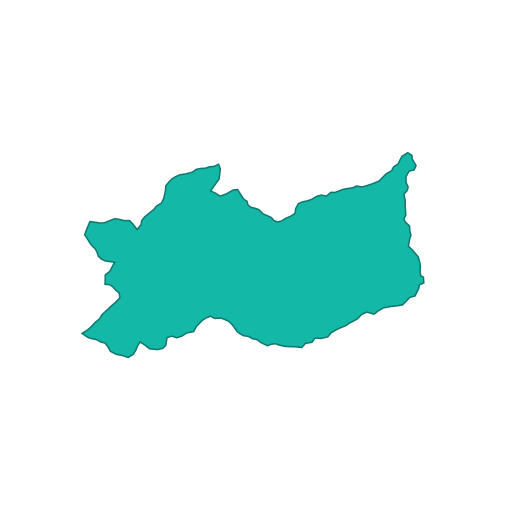 Iacri, São Paulo, Brazil, rotated 52°
{"feature_id": "56859067B52512979226911", "entity_name": "Iacri", "entity_type": "district", "adm_level": 2, "iso_a3": "BRA", "parent_name": "Brazil", "parent_adm1": "São Paulo", "projection": "robinson", "projection_center": [-50.627, -21.796], "detail": "fine", "context": "isolated", "style": "filled", "palette": "teal", "viewbox_px": 512, "rotation_deg": 52, "n_neighbors": 0, "source": "geoboundaries", "source_scale": "gbopen_adm2", "svg_char_len": 2820}
<svg xmlns="http://www.w3.org/2000/svg" viewBox="0 0 512 512"><g transform="rotate(52 256 256)"><path d="M380.6,140.4L375.8,137.1L372.7,138.3L368.4,135.6L365.5,132.9L361.7,130.8L356.5,128.7L347.4,129.1L342.1,129.9L337.6,124.9L335.1,121.2L331.1,119.4L326.8,116.5L321.1,117.5L317.8,116.5L315.9,112.7L312.8,110.6L308.3,107.6L304.3,104.3L298.4,101.5L297.5,96.6L295.4,93.7L290.4,92.5L285.8,88.9L283.4,83.2L285.5,78.4L283.3,74.2L275.9,73.2L272.6,71.2L268.0,72.8L267.3,79.8L270.9,87.3L270.5,93.0L272.3,96.5L271.4,102.7L272.1,108.7L272.7,112.7L271.2,118.5L269.2,124.2L267.0,129.9L262.7,133.7L261.7,138.0L259.4,141.9L257.0,146.6L255.9,150.5L254.5,154.7L251.9,157.8L252.2,163.7L248.2,167.0L246.4,171.5L245.7,177.0L244.2,181.6L242.3,185.3L240.8,190.1L243.0,195.4L246.4,199.0L246.0,204.3L244.6,209.5L244.0,214.7L242.4,218.0L239.3,220.1L235.3,220.2L231.1,222.3L227.5,224.4L221.2,225.2L217.7,227.4L214.6,230.0L210.7,230.9L207.5,229.4L203.6,230.7L192.2,229.6L189.9,233.4L188.8,241.1L186.7,247.5L182.3,248.9L176.8,251.7L175.2,246.5L173.9,242.1L172.8,237.9L169.0,234.0L165.4,230.5L160.7,229.0L159.5,234.0L157.2,237.5L155.6,241.9L152.8,246.0L150.9,249.8L150.7,254.9L147.8,261.4L145.3,265.6L143.9,270.8L143.5,274.7L144.0,278.7L145.1,283.7L149.3,287.7L153.7,293.1L156.1,297.9L155.4,303.7L156.4,307.6L156.5,314.5L156.6,319.3L157.7,324.3L160.6,327.4L161.9,333.4L155.2,333.3L150.2,333.8L146.9,338.2L143.7,340.5L139.7,344.3L137.6,351.1L136.5,355.1L134.0,358.8L131.0,361.3L126.6,365.7L129.3,370.5L131.5,374.4L133.8,377.9L137.4,378.2L144.6,379.0L147.9,378.8L151.8,378.3L155.2,379.0L159.3,380.4L163.1,379.8L167.1,377.8L173.9,371.3L178.1,380.9L178.1,386.4L185.4,392.4L188.3,389.2L191.4,387.9L196.7,387.5L200.9,386.7L205.1,388.8L206.1,395.7L206.3,401.0L206.8,405.7L207.4,413.3L209.2,418.1L209.3,423.5L210.4,430.8L210.5,434.9L209.9,440.8L213.1,439.7L216.9,438.5L219.9,436.4L223.8,433.1L228.4,431.2L231.5,428.7L235.6,428.5L241.6,429.4L247.7,426.5L252.2,422.5L257.3,419.2L257.9,413.1L256.2,408.6L254.0,404.8L252.3,400.4L257.7,398.4L263.5,397.1L269.1,391.3L271.4,386.3L270.9,382.1L265.5,376.3L267.2,371.8L271.6,368.8L273.5,363.8L274.0,358.1L277.2,351.7L274.7,345.9L273.7,338.0L274.0,333.9L275.4,328.9L279.8,327.0L283.3,321.8L287.6,319.3L291.2,317.6L295.5,317.0L299.5,317.2L304.3,317.4L307.7,316.4L311.1,314.9L314.6,311.5L319.1,309.7L322.5,306.6L327.0,305.5L330.4,303.9L333.8,302.2L334.9,298.3L337.0,294.9L340.7,292.4L345.1,288.7L348.1,285.4L351.5,281.2L356.3,276.3L355.3,270.8L358.5,265.0L357.0,260.0L361.0,255.6L363.9,249.2L362.8,244.2L363.5,238.4L364.7,233.1L366.2,228.0L366.4,223.6L367.3,219.0L368.0,214.7L367.1,209.2L368.4,203.2L371.3,201.1L374.5,198.8L374.5,193.6L375.4,187.3L378.8,180.9L381.9,175.9L384.7,170.7L384.0,164.9L383.3,160.3L385.4,155.3L381.9,148.0L379.3,144.9L380.6,140.4Z" fill="#14b8a6" stroke="#0f766e" stroke-width="1.5"/></g></svg>